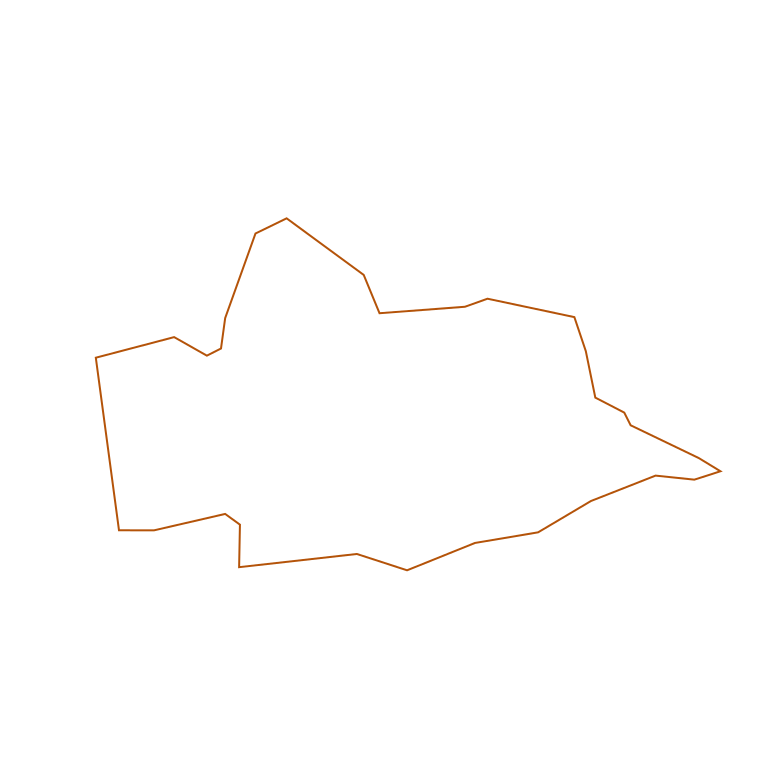 Balléyara, Tillabéri, Niger (orthographic projection), rotated 163°
{"feature_id": "23599985B53989443832132", "entity_name": "Balléyara", "entity_type": "district", "adm_level": 2, "iso_a3": "NER", "parent_name": "Niger", "parent_adm1": "Tillabéri", "projection": "orthographic", "projection_center": [2.816, 13.701], "detail": "fine", "context": "isolated", "style": "outline", "palette": "amber", "viewbox_px": 768, "rotation_deg": 163, "n_neighbors": 0, "source": "geoboundaries", "source_scale": "gbopen_adm2", "svg_char_len": 547}
<svg xmlns="http://www.w3.org/2000/svg" viewBox="0 0 768 768"><g transform="rotate(163 384 384)"><path d="M87.8,202.2L104.6,221.1L160.2,272.4L162.6,286.4L185.9,309.2L181.4,356.4L182.4,392.3L260.1,435.3L284.0,434.2L367.6,453.0L371.5,494.2L428.7,570.9L462.9,565.5L516.6,493.5L529.5,465.6L545.1,462.9L571.0,490.2L651.9,493.4L680.2,321.6L646.8,311.3L573.9,306.2L562.9,291.6L576.1,251.2L459.7,229.4L416.4,199.1L343.5,205.4L280.0,197.1L220.3,211.6L151.1,217.0L115.2,201.8L97.7,202.0L87.8,202.2Z" fill="none" stroke="#b45309" stroke-width="2"/></g></svg>